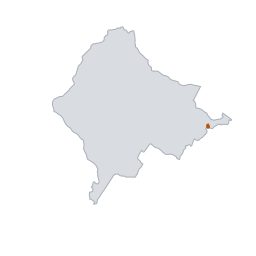 location of Lubumbashi, Katanga, Democratic Republic of the Congo, rotated 306°
{"feature_id": "63176286B7033307846906", "entity_name": "Lubumbashi", "entity_type": "district", "adm_level": 2, "iso_a3": "COD", "parent_name": "Democratic Republic of the Congo", "parent_adm1": "Katanga", "projection": "albers", "projection_center": [27.484, -11.656], "detail": "fine", "context": "in_parent", "style": "filled", "palette": "amber", "viewbox_px": 256, "rotation_deg": 306, "n_neighbors": 0, "source": "geoboundaries", "source_scale": "gbopen_adm2", "svg_char_len": 4102}
<svg xmlns="http://www.w3.org/2000/svg" viewBox="0 0 256 256"><g transform="rotate(306 128 128)"><path d="M204.2,162.3L188.5,164.7L188.8,165.5L188.6,166.5L188.2,167.2L186.6,169.2L184.3,170.9L184.3,171.4L185.4,173.4L186.2,176.1L186.0,180.9L186.3,182.3L186.2,183.3L185.4,184.4L183.8,190.2L184.9,193.0L187.9,195.7L189.7,197.6L192.7,198.3L193.2,198.2L193.4,196.6L195.8,196.0L195.7,206.4L195.6,207.0L195.1,207.1L194.5,206.7L194.4,205.8L193.7,205.3L190.8,206.6L190.0,206.6L189.2,206.3L188.6,205.8L188.5,205.0L186.4,202.0L185.4,201.8L184.3,199.0L179.6,197.0L177.9,196.9L176.9,196.3L176.0,194.1L174.5,192.8L174.1,191.2L173.8,191.0L172.9,191.3L172.1,193.7L171.0,194.3L169.1,194.4L164.3,193.7L160.9,192.5L160.0,192.6L158.7,191.5L158.1,189.6L158.4,188.2L158.1,188.0L153.0,189.2L151.7,189.9L150.5,189.8L150.2,189.4L150.7,188.4L150.4,187.3L150.0,186.8L148.5,186.5L148.0,185.3L147.0,185.2L146.7,185.3L146.5,186.1L145.9,186.4L142.8,186.0L139.6,187.1L135.3,186.9L133.2,188.2L132.9,188.1L132.5,187.5L132.1,185.6L132.3,185.0L132.9,184.6L133.1,183.8L132.9,181.8L133.0,181.3L132.8,180.2L132.1,178.3L131.1,176.8L129.1,174.5L128.8,173.5L128.8,170.9L129.4,166.9L129.3,163.9L128.4,161.9L128.2,159.8L128.6,156.0L128.1,155.1L118.1,155.0L117.7,154.8L117.5,154.3L117.9,152.0L111.9,152.7L110.0,153.2L108.9,154.1L108.6,155.3L108.6,156.9L107.7,158.5L107.6,161.2L105.9,161.5L104.2,161.6L101.0,161.1L97.8,162.0L96.3,162.7L95.5,162.4L92.7,162.8L92.3,162.6L88.9,157.5L87.4,155.8L87.1,155.0L87.2,154.2L86.7,153.1L85.1,150.5L84.8,149.2L84.8,147.3L84.6,146.6L83.2,145.0L82.2,144.5L81.2,144.2L64.9,145.1L59.5,145.1L55.6,145.5L53.6,145.4L53.0,145.2L51.2,145.7L50.3,146.4L48.9,146.9L48.0,146.8L46.2,144.9L48.5,144.5L48.7,144.3L48.6,139.6L47.9,139.0L49.1,138.1L51.0,136.0L52.9,135.2L53.2,134.7L53.6,134.7L54.4,135.6L56.1,136.6L58.1,135.5L58.3,135.2L58.5,133.2L59.0,133.0L59.9,133.4L60.4,133.4L61.3,132.8L63.9,131.7L64.8,132.9L64.1,134.1L64.5,134.9L64.6,136.1L65.0,136.4L67.2,136.4L67.8,136.1L71.7,131.4L72.8,130.8L74.5,128.9L76.8,128.0L77.7,126.5L79.0,123.9L79.5,120.2L79.0,113.9L79.2,113.1L81.9,110.1L84.6,104.8L86.5,103.4L88.0,102.8L90.2,100.8L92.0,98.9L91.6,96.6L92.0,94.7L92.9,92.3L93.2,89.8L92.7,87.1L92.8,84.9L94.0,81.4L94.0,77.4L95.1,74.1L97.5,69.8L98.5,66.6L98.2,63.5L98.4,61.2L98.3,59.9L97.8,58.7L98.0,58.0L98.9,57.7L100.0,56.5L102.1,53.4L104.3,51.9L105.8,51.4L107.5,51.4L108.5,51.6L110.3,52.7L112.3,53.6L113.8,54.8L115.3,56.6L118.8,56.9L120.4,57.5L121.3,57.7L121.6,57.6L122.3,57.6L124.0,58.2L125.3,57.8L131.8,58.9L132.6,58.3L134.3,55.1L135.7,54.0L137.9,53.9L139.6,54.4L140.6,54.4L148.5,51.6L149.5,51.5L152.5,52.1L154.3,51.6L155.1,51.8L156.7,51.3L158.1,49.4L159.2,48.9L170.7,50.9L172.4,49.9L173.3,49.8L175.8,50.5L176.6,51.7L178.1,52.7L179.2,54.3L180.9,55.3L181.8,56.1L182.8,56.8L184.9,57.0L187.5,55.5L189.4,55.7L191.3,56.5L191.9,56.4L193.3,55.6L194.1,54.7L194.8,54.5L195.9,54.9L196.8,55.8L197.6,57.0L200.5,59.9L203.2,61.1L203.9,62.9L204.9,62.7L205.4,62.9L206.1,64.0L206.6,64.2L206.7,64.7L206.0,65.7L205.3,67.7L206.1,68.9L205.4,70.7L205.0,72.6L205.9,73.0L207.1,73.0L208.1,74.0L208.9,74.1L209.8,75.2L209.6,76.0L206.8,79.0L202.7,82.6L201.3,83.1L200.6,83.8L200.1,84.8L198.9,85.7L198.0,86.1L197.9,88.8L196.5,91.5L196.0,92.1L195.2,96.6L195.3,97.4L194.6,101.1L194.7,104.5L192.7,105.6L191.4,107.3L190.8,108.5L190.8,111.3L188.6,113.0L188.4,113.4L188.9,115.4L189.7,115.7L189.7,116.4L191.5,118.6L191.4,125.2L191.5,125.8L192.4,127.4L193.0,130.4L192.3,134.2L194.7,141.2L193.6,143.7L194.1,146.2L195.5,148.8L198.8,151.4L199.7,152.4L200.6,153.8L201.3,156.0L204.2,162.3Z" fill="#d9dde1" stroke="#a8b0b8" stroke-width="1"/><path d="M177.0,190.5L176.9,190.6L176.7,190.7L176.4,190.6L176.2,190.5L176.0,191.0L175.9,191.1L175.6,191.0L175.3,191.3L175.0,191.5L175.0,191.8L175.1,192.0L175.2,192.5L175.3,192.7L175.7,192.7L175.8,192.9L176.1,192.9L176.2,193.1L176.3,193.1L176.6,193.2L176.8,193.0L176.9,192.9L177.1,192.7L177.2,192.4L177.1,192.2L177.1,191.9L177.3,191.9L177.5,191.9L177.7,191.5L177.4,191.6L177.4,191.4L177.5,191.1L177.8,190.5L177.2,190.4L177.3,190.3L177.2,190.2L177.1,190.3L177.0,190.5Z" fill="#f59e0b" stroke="#b45309" stroke-width="1.5"/></g></svg>